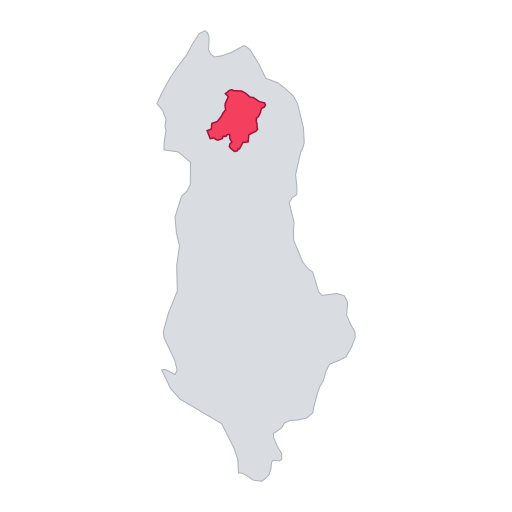 Pukë, Shkodër, Albania (highlighted)
{"feature_id": "67620474B73280275449109", "entity_name": "Pukë", "entity_type": "district", "adm_level": 2, "iso_a3": "ALB", "parent_name": "Albania", "parent_adm1": "Shkodër", "projection": "mercator", "projection_center": [19.995, 42.061], "detail": "fine", "context": "in_parent", "style": "filled", "palette": "rose", "viewbox_px": 512, "rotation_deg": 0, "n_neighbors": 0, "source": "geoboundaries", "source_scale": "gbopen_adm2", "svg_char_len": 2405}
<svg xmlns="http://www.w3.org/2000/svg" viewBox="0 0 512 512"><path d="M163.9,149.9L164.2,142.3L166.0,130.3L165.0,126.3L166.0,119.4L162.6,110.3L156.9,103.6L162.3,91.9L170.3,77.7L177.8,66.5L186.8,54.7L192.8,43.4L199.2,33.7L204.8,30.7L207.5,32.8L209.0,37.0L208.6,49.6L210.5,53.9L214.4,57.1L222.5,55.6L231.4,52.4L243.5,45.8L245.6,46.2L250.1,49.7L259.4,64.9L265.6,78.2L277.8,82.8L284.6,88.0L293.3,95.9L297.6,103.8L303.5,128.0L304.2,142.6L302.5,149.2L301.0,150.9L295.6,174.6L296.9,186.7L296.8,194.6L292.2,197.7L289.2,202.7L294.1,222.3L293.5,230.7L293.7,240.2L302.7,262.0L307.9,268.7L312.7,272.0L318.7,292.0L322.3,295.4L336.9,293.5L344.1,295.7L346.9,300.5L347.6,303.7L346.6,314.9L350.2,323.5L355.1,332.3L355.1,337.7L351.8,346.5L346.0,356.8L338.2,360.8L329.6,364.1L325.6,372.1L323.5,380.5L319.7,386.8L317.3,393.7L313.7,407.7L312.8,412.8L307.0,417.9L298.0,420.0L290.0,420.5L284.6,422.9L281.8,427.6L276.7,431.5L273.6,433.2L273.6,437.5L277.3,446.3L281.6,453.5L281.7,459.3L279.6,460.9L273.0,460.2L271.6,462.3L270.9,468.8L269.2,474.3L266.5,477.6L261.8,481.3L253.2,480.1L245.1,474.6L240.9,472.9L238.5,473.1L237.8,459.6L234.4,449.0L221.6,423.7L180.0,399.1L170.2,388.0L165.9,378.6L161.6,369.8L165.7,369.6L169.8,371.8L175.0,374.5L177.1,370.1L174.8,360.4L164.1,337.8L163.3,331.5L168.6,312.6L177.3,291.2L176.7,265.3L179.5,245.7L176.4,232.9L175.0,217.3L181.4,196.4L186.9,191.2L190.3,184.6L190.5,162.3L178.1,151.9L163.9,149.9Z" fill="#d9dde1" stroke="#a8b0b8" stroke-width="1"/><path d="M257.6,129.3L257.2,127.3L256.9,123.4L256.2,121.7L256.5,118.2L258.4,116.6L259.7,114.1L260.5,112.2L261.1,109.2L262.2,108.0L264.2,107.3L265.5,105.0L264.6,102.9L259.4,101.7L253.5,97.6L250.1,97.1L247.3,94.6L245.7,93.3L241.6,91.0L237.0,90.8L233.2,90.6L232.0,89.7L229.5,90.3L225.3,93.7L228.3,96.6L225.3,103.3L225.0,105.8L225.7,109.7L223.0,112.9L221.7,115.8L217.3,121.5L211.8,123.4L211.3,129.1L207.1,130.6L209.1,135.8L210.2,138.7L213.7,137.8L215.8,139.4L217.9,140.2L222.3,138.5L222.7,137.3L222.9,136.4L225.3,136.3L226.0,136.3L226.2,135.9L226.7,135.4L227.2,134.7L228.3,134.6L229.0,134.6L229.7,134.5L229.8,138.5L231.8,142.1L230.0,143.8L229.3,146.6L230.7,148.5L234.6,151.5L237.6,150.7L237.7,149.8L237.8,149.5L237.9,149.0L238.3,149.0L238.8,149.0L239.4,149.0L243.0,142.4L248.1,141.9L248.6,137.4L248.8,135.0L248.8,134.7L250.3,134.0L251.9,133.2L253.1,132.6L254.9,131.7L255.9,131.2L257.6,129.3Z" fill="#f43f5e" stroke="#9f1239" stroke-width="1.5"/></svg>